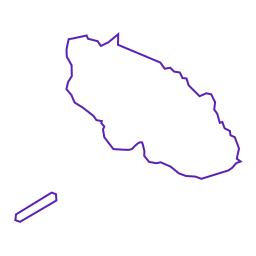 Merizo, Guam (Natural Earth projection)
{"feature_id": "77769853B7245743220793", "entity_name": "Merizo", "entity_type": "district", "adm_level": 2, "iso_a3": "GUM", "parent_name": "Guam", "parent_adm1": "", "projection": "natural_earth1", "projection_center": [144.684, 13.261], "detail": "fine", "context": "isolated", "style": "outline", "palette": "violet", "viewbox_px": 256, "rotation_deg": 0, "n_neighbors": 0, "source": "geoboundaries", "source_scale": "gbopen_adm2", "svg_char_len": 1101}
<svg xmlns="http://www.w3.org/2000/svg" viewBox="0 0 256 256"><path d="M160.4,62.6L149.7,58.1L135.4,52.1L118.0,44.8L118.2,34.2L108.3,42.4L100.8,45.9L97.7,41.2L88.1,38.8L86.6,35.5L73.2,38.4L68.7,39.2L67.3,45.4L66.5,49.8L66.8,56.7L71.6,65.3L71.8,76.2L68.2,81.8L66.4,89.1L71.4,95.0L74.6,102.5L83.2,107.9L93.7,116.1L96.4,120.1L101.8,121.1L101.3,123.1L104.3,126.6L103.0,129.4L104.3,137.2L113.4,149.1L123.2,149.7L128.7,149.9L132.0,149.0L134.5,146.3L137.8,143.4L139.8,142.3L142.0,142.4L142.7,144.1L144.4,151.1L144.2,155.8L149.1,161.9L156.3,163.2L160.7,162.3L165.5,164.4L170.5,166.5L178.9,173.4L186.1,176.0L195.5,176.6L201.4,178.8L228.5,170.4L232.2,167.8L236.3,163.1L240.6,161.5L236.8,158.7L239.0,148.5L234.8,137.2L230.5,135.3L229.9,131.0L224.6,128.3L222.3,122.0L219.8,122.8L217.2,113.7L214.2,109.5L215.1,102.2L211.2,94.3L206.3,93.3L199.6,96.2L188.6,85.3L186.5,78.4L182.5,78.1L179.9,72.5L174.1,71.6L170.3,67.8L164.6,68.7L160.4,62.6ZM16.0,214.4L15.4,220.2L20.0,221.8L38.5,211.0L56.4,200.5L56.3,199.4L56.0,194.2L51.7,192.6L43.2,197.8L22.9,210.2L16.0,214.4Z" fill="none" stroke="#5b21b6" stroke-width="2"/></svg>